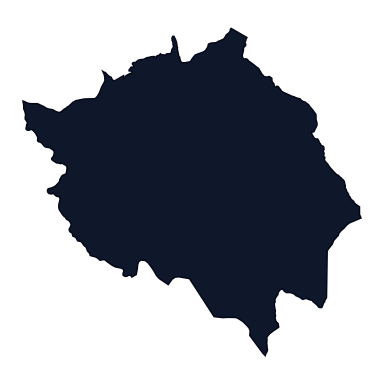 Tlaxco, Puebla, Mexico, rotated 270°
{"feature_id": "50627088B52665331033665", "entity_name": "Tlaxco", "entity_type": "district", "adm_level": 2, "iso_a3": "MEX", "parent_name": "Mexico", "parent_adm1": "Puebla", "projection": "orthographic", "projection_center": [-98.045, 20.402], "detail": "fine", "context": "isolated", "style": "filled", "palette": "ink", "viewbox_px": 384, "rotation_deg": 270, "n_neighbors": 0, "source": "geoboundaries", "source_scale": "gbopen_adm2", "svg_char_len": 5954}
<svg xmlns="http://www.w3.org/2000/svg" viewBox="0 0 384 384"><g transform="rotate(270 192 192)"><path d="M48.5,249.8L30.8,262.9L28.4,265.2L30.1,265.7L32.5,267.1L34.1,267.5L36.8,267.0L38.0,267.1L40.5,266.7L44.3,267.0L46.3,266.7L47.2,267.1L50.2,269.5L53.3,273.5L56.2,277.9L57.1,278.8L57.8,278.4L59.9,278.3L60.2,277.7L60.7,277.8L61.2,277.4L61.6,276.6L62.5,276.3L62.8,275.6L64.0,275.6L65.6,275.1L68.9,275.5L70.8,274.9L72.9,275.4L74.7,275.1L75.5,274.7L77.1,274.7L77.7,274.4L80.7,274.4L82.1,275.1L84.4,274.9L86.7,275.8L87.5,276.6L88.3,276.9L89.4,277.9L91.4,278.1L94.1,280.0L95.3,282.3L92.4,284.7L92.2,285.6L91.4,286.3L91.5,287.0L91.4,290.6L90.4,293.5L89.4,295.0L88.3,296.0L86.7,299.9L85.0,301.9L84.6,303.0L85.2,304.4L85.5,306.5L84.1,309.9L84.0,311.2L83.6,312.1L82.3,313.1L78.8,317.3L77.1,318.4L76.5,319.5L76.4,320.6L76.5,321.7L76.9,322.1L80.9,323.5L82.1,324.5L83.5,324.8L86.5,326.5L133.4,327.2L140.0,332.3L142.9,333.4L144.2,334.2L145.5,335.5L147.1,336.7L148.0,337.8L148.8,338.3L151.4,339.1L152.1,340.1L153.0,340.7L155.8,343.9L159.2,346.9L161.2,349.6L166.0,361.0L169.6,359.5L177.2,359.5L179.1,356.6L181.2,354.2L181.8,354.0L182.1,353.6L182.5,353.7L183.2,353.0L184.5,351.3L185.7,350.5L186.6,350.2L188.2,348.9L188.9,348.6L189.8,348.5L191.3,347.6L191.7,347.1L195.2,345.8L195.8,345.3L196.7,345.1L198.0,345.3L201.3,344.5L202.7,344.3L203.0,343.9L203.9,343.4L205.3,341.7L206.1,341.2L206.4,340.5L208.7,338.3L209.3,336.7L212.1,333.9L216.1,330.3L218.8,328.2L219.5,328.0L220.5,327.2L221.1,326.4L223.4,324.7L223.9,324.4L226.7,324.8L227.1,323.9L228.9,323.7L230.7,324.1L232.8,323.2L233.9,323.6L234.4,324.0L235.0,323.7L236.1,324.0L237.1,323.6L237.9,322.9L238.4,321.6L239.1,320.8L240.0,320.5L240.9,319.7L244.3,318.2L245.0,317.6L245.0,316.3L245.6,314.5L248.8,312.4L250.6,311.6L251.7,311.6L252.3,313.9L258.8,317.0L260.9,317.0L264.5,316.0L268.6,316.0L269.7,315.8L273.9,312.8L277.3,309.9L279.2,308.6L282.0,305.0L282.3,303.6L283.6,301.3L285.3,300.0L285.5,298.5L286.4,295.5L287.2,294.2L287.8,291.8L292.0,282.6L292.9,281.6L297.3,278.3L297.8,277.1L297.7,276.7L296.7,276.2L296.9,275.1L298.4,274.2L300.2,273.9L301.7,272.6L303.1,272.0L304.0,271.8L305.5,271.9L306.0,271.5L307.2,269.8L307.5,269.0L307.1,268.1L307.0,266.8L307.2,264.4L310.1,261.7L312.7,260.3L313.9,259.4L315.1,258.9L316.0,258.1L316.8,256.7L318.6,254.6L322.5,249.4L322.9,248.5L324.2,247.8L324.7,247.2L325.2,245.8L324.9,244.3L325.7,243.2L327.3,242.3L330.2,242.4L330.9,242.9L332.2,242.9L332.9,243.4L335.5,243.4L336.4,243.8L337.5,244.4L338.1,245.4L339.0,245.7L339.9,245.7L340.9,245.0L342.5,245.1L342.8,245.2L343.1,245.7L344.5,245.9L346.5,246.9L355.6,231.1L354.7,230.4L353.5,230.5L351.3,229.1L349.2,226.4L346.4,224.8L345.2,223.9L344.6,223.1L343.8,221.0L343.2,220.6L343.0,218.9L341.3,216.1L340.9,211.0L340.0,208.7L339.4,208.3L337.2,207.9L333.7,205.7L332.7,204.5L331.9,203.1L329.1,195.4L326.0,192.7L322.8,190.7L322.1,189.7L321.3,185.4L321.2,182.8L321.5,181.7L322.4,180.9L323.7,180.2L326.9,179.6L327.7,178.8L332.5,177.8L335.8,177.3L336.5,177.5L337.0,177.2L341.5,176.5L344.5,175.5L347.7,173.9L347.6,172.7L346.0,172.0L343.8,172.1L342.6,172.5L341.4,173.2L339.8,172.9L338.6,173.4L337.4,173.4L336.3,173.1L334.5,171.9L332.1,171.5L330.4,170.7L330.1,166.5L329.8,166.2L328.7,165.7L329.2,163.1L329.1,162.6L329.3,161.4L330.2,160.5L328.6,158.8L328.3,157.4L327.7,156.5L326.4,156.1L326.6,155.4L327.4,154.5L327.4,152.1L326.2,146.7L325.7,145.5L324.7,144.2L324.5,141.7L323.9,138.4L323.1,137.3L322.0,136.4L321.6,135.5L321.4,133.4L320.9,132.6L320.4,132.4L319.6,132.6L318.4,133.6L317.8,133.7L316.8,133.5L316.6,132.9L317.0,131.9L316.7,131.1L314.1,129.1L313.2,129.0L313.0,129.6L313.1,130.4L312.9,131.1L311.6,132.0L310.7,132.1L310.5,131.7L310.6,130.2L308.5,126.4L307.7,125.4L305.0,123.7L308.3,123.5L302.8,114.0L304.6,112.1L306.7,111.2L307.4,109.5L309.3,107.3L311.5,105.3L311.8,104.1L312.6,102.8L309.1,104.4L304.8,104.9L302.9,104.9L296.8,101.6L291.3,99.5L287.4,97.2L285.3,95.0L285.0,84.2L283.3,75.9L281.8,73.1L277.8,68.8L277.1,67.5L275.6,65.7L275.1,64.5L272.2,61.2L271.5,59.3L271.9,57.3L272.6,55.6L274.3,52.7L275.1,47.9L275.8,46.2L277.4,43.8L280.3,37.5L280.3,31.5L280.6,28.8L281.2,26.8L282.3,24.8L282.9,23.0L278.7,23.7L275.0,23.8L272.6,24.9L269.8,25.5L267.9,25.5L266.7,25.2L264.8,25.3L262.4,27.0L261.5,27.3L260.4,27.3L259.4,26.7L257.0,26.4L255.8,26.0L254.5,26.3L253.8,27.5L253.8,29.4L254.5,30.6L254.6,31.4L253.5,33.3L250.7,35.6L247.4,37.5L246.1,37.9L243.7,37.5L242.9,37.8L242.3,38.6L242.0,39.9L241.1,41.6L237.5,44.6L236.8,46.3L236.3,49.8L233.4,53.8L232.0,54.2L229.9,54.1L227.5,53.3L225.8,51.8L224.8,51.7L223.9,52.4L221.8,55.4L221.0,57.0L221.0,58.6L220.3,60.8L221.1,61.8L219.8,63.7L219.3,64.8L217.8,66.8L216.9,67.0L215.3,67.0L212.4,66.7L210.0,65.9L208.7,62.7L207.8,61.7L204.7,60.0L202.0,59.3L198.5,56.0L197.5,54.7L196.7,53.1L196.0,51.4L195.3,48.6L194.6,47.7L193.7,47.5L192.2,47.6L191.3,48.2L190.5,49.1L190.0,51.4L190.3,52.2L191.1,52.6L190.9,53.4L189.9,54.0L188.5,55.5L187.8,56.5L187.4,58.5L186.7,59.6L185.3,60.0L184.2,60.0L179.7,58.9L176.7,58.8L175.1,59.1L173.7,59.7L169.6,62.4L167.2,64.5L166.8,65.8L165.4,66.0L164.3,67.3L163.4,69.0L162.6,69.7L160.4,71.0L159.1,71.1L157.4,70.6L155.0,69.3L154.0,69.2L153.0,69.6L152.1,70.1L151.4,71.7L150.1,72.4L148.1,72.7L146.7,75.6L145.3,76.6L143.6,77.4L143.1,77.9L142.5,81.1L140.9,82.4L138.4,84.1L136.9,86.1L133.1,87.5L131.8,88.6L131.0,89.4L130.3,89.9L128.8,90.1L128.4,90.6L127.0,95.9L125.6,98.1L124.2,99.5L123.8,100.2L124.4,103.1L124.0,105.4L122.7,106.6L118.6,112.4L117.1,115.4L115.8,121.8L115.0,122.9L114.0,123.7L113.1,123.9L111.0,123.2L109.7,123.0L108.7,123.2L107.8,124.7L107.6,126.0L107.8,127.0L108.7,128.4L108.9,129.4L108.5,130.6L107.7,131.4L107.0,131.8L109.5,136.2L115.3,137.3L119.1,137.6L122.1,138.5L124.0,140.9L123.5,145.4L121.2,148.1L117.2,151.2L113.2,153.9L108.5,156.5L105.3,159.5L99.4,168.2L104.9,172.2L106.9,175.2L107.2,178.9L105.4,189.5L67.4,214.1L66.4,222.8L66.7,228.6L66.5,236.0L65.3,238.6L62.5,242.9L58.0,247.4L55.8,249.2L53.2,250.2L48.5,249.8Z" fill="#0f172a" stroke="#020617" stroke-width="1.5"/></g></svg>